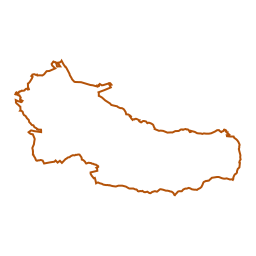 the district of Farau, Alba, Romania
{"feature_id": "2599482B58805597350523", "entity_name": "Farau", "entity_type": "district", "adm_level": 2, "iso_a3": "ROU", "parent_name": "Romania", "parent_adm1": "Alba", "projection": "equal_earth", "projection_center": [24.029, 46.338], "detail": "fine", "context": "isolated", "style": "outline", "palette": "amber", "viewbox_px": 256, "rotation_deg": 0, "n_neighbors": 0, "source": "geoboundaries", "source_scale": "gbopen_adm2", "svg_char_len": 5719}
<svg xmlns="http://www.w3.org/2000/svg" viewBox="0 0 256 256"><path d="M232.8,179.9L233.3,179.0L233.3,177.7L233.9,176.1L234.7,174.6L235.5,173.9L235.9,173.8L236.5,173.3L237.0,172.3L237.0,171.2L237.8,168.9L239.4,167.4L239.9,162.9L239.3,162.6L239.4,162.0L239.7,161.0L240.2,160.0L240.6,159.5L240.2,157.2L240.4,155.2L239.2,150.7L239.0,149.4L238.8,149.0L239.2,147.9L239.3,147.1L239.2,146.3L239.6,145.0L239.5,144.3L239.1,143.6L238.6,142.3L237.5,140.6L236.5,139.5L234.2,137.8L233.6,136.5L230.2,136.5L227.0,136.2L226.8,135.2L229.3,135.3L229.5,134.8L228.3,133.9L227.9,133.3L227.4,133.1L227.5,132.2L226.5,132.2L226.0,131.7L225.9,131.4L226.2,130.6L225.6,130.1L225.3,130.1L224.9,129.8L224.3,129.6L224.0,129.7L223.8,130.7L223.4,131.0L221.7,131.6L221.4,132.1L221.0,132.0L219.3,130.6L218.9,130.1L217.1,130.2L214.9,131.6L211.1,133.3L208.7,133.7L206.3,133.7L203.9,133.4L202.3,133.9L201.0,133.5L198.7,133.4L197.1,133.2L194.8,131.9L191.0,130.9L191.1,131.4L190.9,131.9L190.8,132.0L189.9,132.1L188.5,129.9L188.1,129.6L187.7,129.4L186.7,129.5L185.7,129.0L183.6,129.5L183.1,129.8L182.8,129.6L182.4,129.7L182.0,129.4L180.6,129.6L179.2,130.7L178.4,131.0L175.3,131.1L172.4,132.5L171.1,132.4L167.4,132.6L163.2,130.9L160.7,130.6L159.0,130.8L154.6,129.0L154.7,128.4L154.5,127.7L154.0,127.1L153.3,125.1L152.9,124.6L151.4,123.6L149.4,122.8L148.5,122.7L147.4,123.2L147.1,123.0L146.2,121.6L145.7,121.4L144.0,121.0L143.1,121.0L142.0,121.7L141.6,122.2L141.1,122.4L139.5,121.5L139.1,121.0L139.4,120.3L139.2,120.3L138.7,120.0L136.5,118.9L135.6,118.8L134.7,119.1L134.5,119.4L133.2,119.3L132.6,119.9L131.3,118.5L130.6,117.1L130.1,116.7L130.8,116.3L130.1,115.6L128.3,114.5L126.2,114.3L125.6,112.0L124.0,109.5L123.3,108.9L121.8,108.1L120.5,108.1L119.8,107.9L118.2,107.2L117.1,106.3L113.9,105.6L111.5,105.0L110.9,104.6L110.2,103.6L105.2,100.4L102.1,97.6L100.1,96.4L98.8,95.9L98.8,93.0L98.5,92.3L104.4,90.1L109.0,88.2L110.8,87.4L109.6,85.2L111.4,84.7L110.3,83.3L109.9,83.1L109.0,83.1L108.2,83.6L105.9,84.3L103.3,85.1L101.8,85.3L99.8,84.0L99.6,84.3L98.9,84.7L99.1,85.5L98.9,86.1L97.5,86.6L97.0,85.6L96.9,85.5L96.5,85.8L96.6,86.1L96.4,86.2L95.6,86.1L92.9,85.3L90.4,85.0L81.1,82.2L75.4,82.0L74.4,81.8L72.5,79.8L71.9,79.0L71.6,78.2L69.9,75.3L69.6,74.4L69.5,73.8L66.6,68.3L65.6,66.8L65.3,66.9L63.6,64.5L61.6,60.8L61.3,61.4L60.7,61.7L59.8,62.4L57.7,62.7L60.2,66.4L57.8,66.4L57.2,66.6L56.9,66.2L56.6,64.5L56.4,63.8L55.5,62.1L54.2,62.1L53.6,61.5L53.3,61.6L52.0,63.5L51.7,63.8L51.7,64.2L52.2,65.5L55.2,68.4L49.3,71.0L46.6,71.2L44.1,74.3L42.5,75.4L42.2,75.5L41.0,75.3L39.0,75.3L37.5,75.5L37.4,75.5L37.0,74.6L36.2,74.9L35.8,74.9L34.6,74.3L33.9,74.2L33.3,74.5L32.5,74.5L32.3,74.9L31.4,76.0L32.0,76.3L32.6,76.9L31.9,78.2L31.9,78.5L29.8,81.9L28.3,83.5L27.9,83.6L28.0,86.8L28.0,87.3L28.7,88.6L28.9,89.3L28.1,89.5L27.9,89.5L27.7,88.7L26.1,88.8L24.9,89.8L24.5,90.4L24.0,90.6L22.5,90.8L21.8,90.6L20.9,91.2L20.1,91.3L19.9,91.6L19.3,91.6L18.9,92.0L18.8,92.7L18.3,93.1L17.5,93.0L16.6,92.3L16.0,92.8L15.9,92.8L15.6,93.5L15.7,93.9L15.4,94.3L15.6,94.4L17.6,94.7L18.2,95.3L18.6,95.4L19.1,95.2L19.6,95.5L19.9,96.5L20.7,97.4L20.7,97.9L20.3,98.3L20.1,99.6L20.7,100.4L21.6,100.2L21.8,100.4L21.7,100.6L22.4,100.9L22.0,101.3L21.9,101.7L21.7,101.9L21.4,101.9L21.2,102.1L20.9,102.1L20.1,101.7L18.1,101.2L15.8,100.1L16.0,101.6L15.9,102.4L16.3,103.1L17.1,103.9L18.8,105.3L19.0,105.6L19.8,106.4L20.3,106.6L20.5,109.6L20.5,110.1L20.1,110.7L21.4,110.8L22.6,111.7L23.3,113.9L23.9,115.0L25.6,116.0L26.0,116.8L26.6,117.4L26.8,118.1L28.7,119.9L29.3,122.2L30.7,123.5L31.2,124.3L32.2,125.2L33.1,125.2L33.6,125.5L34.2,126.9L35.3,127.7L36.2,128.1L37.1,128.8L37.1,129.2L37.9,129.3L38.2,129.6L41.0,129.7L41.1,130.3L41.1,132.1L34.6,131.2L31.1,130.4L28.6,132.2L29.6,133.2L31.0,134.0L32.8,134.3L34.6,138.6L34.7,139.1L34.2,142.0L33.9,144.3L32.4,147.8L32.4,148.5L32.9,150.3L32.8,151.0L33.0,151.6L32.9,154.6L33.4,154.7L33.7,155.7L35.4,158.5L35.6,159.4L36.2,160.4L36.8,160.7L37.6,160.7L37.9,160.4L39.6,160.3L40.5,160.0L41.2,160.1L42.7,160.6L44.1,163.5L49.8,162.4L54.4,161.7L55.6,160.5L57.6,162.6L59.9,160.8L61.9,162.9L65.6,159.0L66.6,158.6L67.4,157.8L68.2,157.4L69.6,157.2L70.4,156.4L71.7,155.7L72.9,155.2L74.7,155.4L75.7,154.8L76.7,154.9L78.1,154.5L79.5,154.6L81.5,157.4L81.7,158.5L81.8,159.6L82.6,159.8L83.4,160.2L84.2,160.9L85.0,161.7L85.6,162.8L86.2,163.5L88.7,162.7L90.1,163.0L90.9,163.0L91.8,163.6L93.6,163.9L94.0,164.3L94.8,164.5L96.0,164.7L96.5,165.3L97.5,165.6L98.2,166.3L98.2,166.9L96.4,167.8L97.1,168.5L97.3,170.8L90.6,172.4L90.6,173.7L91.7,175.7L93.8,178.3L94.8,177.9L95.3,179.5L96.1,183.3L97.4,182.6L98.2,182.5L99.5,183.2L101.9,183.8L103.1,184.5L103.7,184.7L106.2,185.1L107.6,185.0L108.3,185.3L109.1,185.1L109.6,185.4L110.5,185.4L111.0,185.7L112.7,186.1L114.9,186.4L115.9,186.5L118.4,185.7L122.4,185.7L125.9,186.6L128.8,188.3L129.4,188.5L133.3,188.5L135.3,189.4L136.5,189.5L137.2,190.1L137.8,191.1L138.3,191.3L138.8,191.4L140.2,191.0L141.3,191.2L142.5,190.9L143.3,191.6L144.2,192.1L145.2,192.2L147.4,191.7L149.1,192.9L149.7,193.1L150.3,193.2L150.8,193.0L152.1,192.0L154.7,191.2L155.7,191.3L156.3,191.6L157.2,191.6L159.8,189.4L160.7,189.2L163.0,189.7L166.0,190.7L167.6,190.7L169.4,191.1L169.9,191.4L170.7,191.5L171.7,191.7L173.3,192.9L174.5,195.1L174.9,195.2L175.5,194.2L176.4,193.4L177.8,191.7L178.8,191.3L179.6,191.2L181.0,191.3L181.8,191.2L183.3,189.5L185.3,188.6L186.8,188.6L188.7,187.9L190.3,188.4L191.9,189.3L194.4,189.7L196.0,189.7L197.0,189.9L198.2,189.0L200.1,188.1L201.4,187.0L202.5,184.8L203.3,182.7L203.7,182.1L204.1,181.8L206.1,180.9L206.9,181.0L207.6,180.7L208.0,180.8L209.2,180.4L209.7,179.7L210.5,179.1L211.8,177.8L217.0,177.0L218.4,177.0L219.1,177.1L221.9,178.2L223.5,178.6L224.8,178.7L226.7,178.4L230.0,179.5L231.8,179.3L232.8,179.9Z" fill="none" stroke="#b45309" stroke-width="2"/></svg>